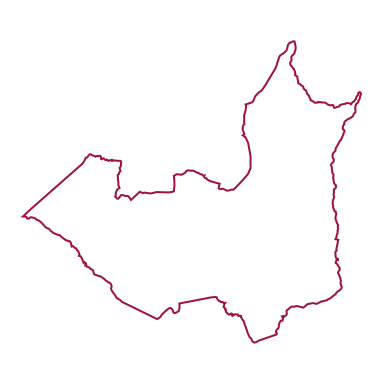 the district of Açailândia, Maranhão, Brazil
{"feature_id": "56859067B88917443865419", "entity_name": "Açailândia", "entity_type": "district", "adm_level": 2, "iso_a3": "BRA", "parent_name": "Brazil", "parent_adm1": "Maranhão", "projection": "robinson", "projection_center": [-47.274, -4.703], "detail": "fine", "context": "isolated", "style": "outline", "palette": "rose", "viewbox_px": 384, "rotation_deg": 0, "n_neighbors": 0, "source": "geoboundaries", "source_scale": "gbopen_adm2", "svg_char_len": 5987}
<svg xmlns="http://www.w3.org/2000/svg" viewBox="0 0 384 384"><path d="M82.5,163.6L29.7,210.1L23.0,216.5L25.6,216.6L26.6,217.3L26.9,218.2L28.1,218.7L29.1,218.4L29.8,217.7L31.0,217.2L33.5,217.8L35.6,218.6L36.5,219.7L37.7,220.0L39.4,220.9L42.5,223.7L45.1,226.7L47.1,228.2L48.9,228.7L51.1,231.3L52.4,232.0L53.1,232.9L57.2,234.6L60.0,235.3L60.7,236.3L65.7,240.1L66.9,240.3L68.1,241.3L69.6,241.1L70.4,241.8L71.0,243.3L71.6,246.5L72.7,246.0L74.5,247.7L76.2,248.4L77.0,250.0L77.9,250.8L79.4,253.9L79.0,255.9L80.2,256.0L81.1,257.0L82.1,258.8L83.5,262.7L84.2,262.0L85.9,263.3L85.3,264.3L85.3,265.3L86.1,264.8L86.6,266.5L87.9,266.9L89.8,267.8L90.5,269.1L91.9,269.3L93.0,270.4L94.0,274.0L94.7,274.6L101.2,276.7L104.9,279.5L105.6,280.4L106.9,281.1L108.3,282.4L109.7,282.7L110.7,283.7L111.6,285.9L111.5,287.4L111.0,288.2L111.8,290.8L115.0,295.1L116.4,297.7L120.7,300.4L121.6,301.7L157.2,319.1L160.6,316.8L161.7,314.8L164.6,311.9L168.8,308.4L170.5,308.0L171.3,308.4L172.4,309.5L173.3,312.3L174.0,312.9L175.1,313.0L177.9,311.7L178.7,311.0L179.5,308.5L179.4,303.5L210.9,297.4L215.5,297.0L216.7,297.3L217.2,298.8L218.8,300.9L219.9,301.0L220.7,302.0L222.7,302.0L223.6,303.0L225.2,302.9L224.3,304.2L224.1,305.3L223.7,306.2L223.7,307.3L224.6,307.6L224.9,308.4L225.6,309.0L225.2,309.8L226.0,310.7L226.2,312.2L228.5,314.4L229.3,314.6L231.1,313.5L232.2,313.9L232.0,315.5L232.7,315.9L234.8,314.3L237.9,314.5L238.4,316.0L240.3,315.7L241.1,316.0L240.9,317.2L241.7,318.1L242.6,319.9L243.8,321.1L244.7,324.7L246.0,327.7L247.7,333.0L249.6,337.1L251.4,339.0L251.9,340.4L252.5,341.4L253.9,342.4L254.8,342.6L257.6,341.4L259.0,340.5L276.5,334.5L276.9,333.3L276.1,332.5L276.0,331.3L276.8,329.5L277.8,328.9L278.7,327.5L278.9,324.7L279.8,322.2L280.8,320.7L282.5,320.7L282.9,319.3L282.9,318.3L282.1,316.3L283.2,316.1L283.8,317.0L285.2,315.7L286.1,315.3L286.9,314.0L286.5,311.8L286.6,310.6L291.1,306.9L292.3,306.5L293.9,306.8L296.2,306.1L297.8,306.2L303.2,307.6L304.7,306.7L306.5,304.9L307.9,304.0L312.5,303.2L313.8,303.2L316.5,303.9L319.6,302.4L320.5,301.8L327.0,300.2L328.0,299.4L329.9,298.6L334.7,294.7L335.5,294.4L336.1,293.1L337.8,291.3L339.4,290.6L340.0,289.8L341.2,288.8L341.8,287.1L340.5,283.6L340.9,280.7L340.4,279.3L340.5,278.1L339.9,277.2L339.1,274.8L338.5,274.0L338.0,272.6L338.7,271.0L339.5,270.1L339.8,268.2L337.2,264.2L335.6,262.8L336.6,259.6L338.0,260.0L338.0,259.0L336.8,258.5L335.7,257.3L335.3,252.1L336.8,250.2L336.3,249.4L338.3,239.8L335.5,239.2L336.3,237.6L336.8,234.8L337.5,233.7L337.6,230.5L338.1,229.0L337.8,226.8L338.1,225.3L336.9,222.8L335.6,219.1L335.4,217.6L336.3,213.7L335.7,212.7L335.8,211.7L334.5,211.1L334.1,209.5L333.4,208.4L333.0,207.3L333.3,206.3L332.6,203.7L332.9,200.6L334.2,196.9L333.5,194.1L334.0,192.8L333.8,190.4L334.1,189.1L335.3,188.5L335.9,187.4L336.1,185.4L335.2,184.8L334.1,183.1L333.4,180.0L333.5,178.8L333.1,177.7L333.5,176.0L333.4,174.3L332.1,172.4L332.3,171.1L331.9,169.7L331.8,167.3L331.0,165.1L331.4,163.9L333.3,162.0L333.7,161.1L333.8,159.7L333.4,158.5L332.8,157.8L332.6,156.8L332.6,154.5L333.0,153.4L335.5,150.7L335.5,149.5L336.0,147.7L337.3,145.7L340.0,140.6L341.1,139.8L341.3,138.8L342.0,137.7L343.4,134.3L343.6,133.1L344.3,132.0L344.5,130.9L343.9,129.8L342.9,129.3L342.7,128.2L343.2,125.6L344.4,124.0L344.1,123.0L344.7,121.7L346.4,120.2L348.9,118.6L350.2,118.3L351.6,117.0L352.8,116.4L353.3,115.7L353.5,114.6L354.0,113.7L355.4,112.3L355.4,108.8L355.1,107.7L355.9,104.8L356.6,103.5L357.4,103.1L358.3,102.0L358.6,100.5L359.5,99.3L360.3,95.4L361.0,94.2L360.5,92.7L359.6,92.1L358.5,92.6L357.8,95.2L356.5,96.8L355.8,99.2L354.8,100.1L354.4,100.9L353.7,101.7L352.6,102.1L350.9,104.3L350.0,103.5L347.3,103.0L346.1,103.3L345.4,103.9L344.4,103.8L340.3,104.9L339.6,105.6L339.3,106.4L337.2,106.9L335.1,107.8L334.2,107.8L333.6,106.8L333.4,105.4L332.5,105.0L330.3,105.4L327.8,104.5L325.3,102.6L321.8,102.5L320.2,102.1L318.8,102.4L318.1,101.9L317.3,102.5L315.5,102.9L314.4,102.5L313.5,101.6L310.5,100.2L310.5,98.7L309.7,98.0L309.3,97.2L309.3,96.2L307.2,93.8L306.2,90.6L304.4,89.5L303.5,88.1L303.1,86.5L301.0,85.1L300.1,84.2L298.9,83.7L298.2,83.0L298.3,81.9L297.5,78.7L297.3,76.5L295.1,75.2L295.4,73.8L294.4,69.9L293.9,68.9L292.9,68.4L292.5,67.1L290.8,65.5L290.3,64.2L290.1,62.8L291.4,60.7L291.6,59.1L291.2,57.7L291.4,56.8L292.1,55.7L293.2,54.8L294.6,53.1L294.7,51.5L295.4,50.1L295.6,48.9L295.6,46.4L294.5,41.4L292.9,41.4L289.5,43.0L288.0,44.8L287.2,48.4L286.4,50.6L283.9,53.0L280.4,55.2L279.3,56.7L275.7,67.9L265.4,85.1L261.5,90.7L259.1,92.1L255.2,96.3L253.1,101.4L251.9,102.4L245.6,104.5L246.2,106.1L245.5,110.8L244.1,115.6L244.0,116.6L244.3,117.9L244.1,121.7L244.4,124.1L243.6,124.8L242.8,126.6L242.7,129.5L244.3,134.2L242.8,135.4L245.5,137.3L248.1,142.8L250.6,156.5L250.5,168.2L248.0,174.0L243.1,179.8L233.6,189.7L231.6,189.6L227.9,190.7L227.0,190.7L223.4,188.9L222.1,188.7L220.7,189.2L219.5,188.9L218.5,188.1L219.7,183.8L210.5,181.2L208.3,180.1L207.2,179.4L206.3,178.2L205.5,178.4L204.7,177.7L204.0,176.5L204.5,175.4L203.2,175.7L201.8,174.3L200.6,174.3L198.0,172.7L196.8,172.5L193.5,170.8L191.5,170.6L190.6,170.8L188.6,170.2L186.4,171.0L185.3,172.6L182.5,174.3L181.0,174.8L179.2,174.4L176.6,174.3L173.9,175.8L174.4,181.3L174.4,186.1L173.9,191.1L172.3,191.9L168.8,192.4L156.2,192.1L151.7,193.3L150.0,193.4L144.3,192.6L143.1,193.1L139.7,191.8L131.0,200.0L128.9,196.7L128.0,196.1L125.5,196.0L122.9,195.1L121.1,195.2L118.3,198.7L117.2,198.7L115.2,196.5L115.7,195.8L115.8,194.8L115.6,193.6L116.1,192.0L117.1,189.7L119.5,188.0L118.4,185.4L118.4,181.9L117.8,179.2L118.0,177.3L117.6,176.0L117.7,174.9L118.9,174.0L119.4,172.1L120.5,171.2L119.6,168.0L120.8,166.2L121.2,162.1L120.7,160.9L116.1,160.7L115.2,160.4L112.2,160.8L112.3,159.9L111.3,159.8L110.5,160.4L109.4,160.3L108.6,160.9L106.6,159.5L105.8,160.1L104.9,159.7L103.6,158.3L102.7,158.5L101.9,159.3L101.1,159.0L100.9,156.7L100.2,155.9L99.0,155.8L98.2,156.3L97.1,155.9L95.4,156.7L94.7,156.1L92.0,155.2L91.0,154.3L89.6,154.3L87.3,157.2L86.5,157.8L85.7,157.9L84.3,161.0L82.5,163.6Z" fill="none" stroke="#9f1239" stroke-width="2"/></svg>